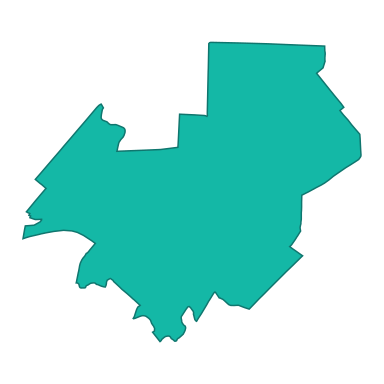 Soldanu, Calarasi, Romania
{"feature_id": "2599482B93522079592050", "entity_name": "Soldanu", "entity_type": "district", "adm_level": 2, "iso_a3": "ROU", "parent_name": "Romania", "parent_adm1": "Calarasi", "projection": "albers", "projection_center": [26.526, 44.239], "detail": "fine", "context": "isolated", "style": "filled", "palette": "teal", "viewbox_px": 384, "rotation_deg": 0, "n_neighbors": 0, "source": "geoboundaries", "source_scale": "gbopen_adm2", "svg_char_len": 5543}
<svg xmlns="http://www.w3.org/2000/svg" viewBox="0 0 384 384"><path d="M42.4,233.6L45.6,232.9L53.9,231.4L63.6,230.3L67.7,230.6L71.9,230.9L77.4,232.4L83.5,235.4L91.5,240.6L95.3,243.4L90.3,249.4L90.1,249.6L89.2,250.8L87.8,252.5L87.2,253.1L86.6,253.2L86.4,253.3L86.1,253.7L85.4,255.0L84.9,255.8L84.8,256.0L83.0,258.1L82.8,258.4L82.3,259.2L81.9,259.8L81.5,260.6L80.7,262.3L80.6,262.5L80.4,263.0L80.2,263.5L80.0,264.3L79.7,265.4L79.5,266.3L79.4,267.1L78.7,271.0L78.3,272.6L76.9,279.6L76.4,282.2L76.2,282.9L77.4,283.0L78.2,283.5L78.9,284.2L79.1,285.2L79.5,286.7L79.9,287.4L80.4,287.8L81.5,288.0L82.7,287.9L84.4,287.9L85.1,287.8L85.5,287.5L86.0,286.1L86.7,285.5L88.3,284.8L89.7,283.8L90.9,283.2L92.6,283.0L93.4,282.9L94.3,282.9L95.2,283.2L95.7,283.6L96.1,284.1L96.4,284.3L96.9,284.5L97.7,284.6L98.2,284.7L99.1,285.2L101.2,286.1L102.5,286.5L104.1,286.9L105.3,287.0L106.1,285.1L106.4,283.5L106.5,282.1L107.2,280.2L109.6,278.8L110.4,278.5L111.5,279.3L112.5,280.0L113.1,280.4L113.6,281.5L115.5,283.2L119.7,287.1L121.9,289.3L127.1,293.6L131.8,297.8L132.8,298.8L133.0,298.9L133.9,299.6L138.1,303.5L139.4,304.7L140.2,305.3L139.9,305.6L139.2,306.1L138.6,306.5L138.0,306.9L137.8,307.1L137.5,307.7L137.1,308.5L136.6,309.5L135.3,313.5L134.6,315.7L134.5,316.1L134.0,317.2L133.6,317.8L133.5,318.1L133.2,318.4L133.5,318.7L134.9,318.4L135.9,318.0L139.8,316.4L142.1,315.7L144.0,315.7L145.9,316.2L147.7,317.5L148.9,318.4L150.3,319.9L150.8,321.0L151.6,323.3L152.5,324.7L153.7,326.4L154.2,327.6L154.6,328.3L154.5,329.9L154.4,331.1L152.6,332.2L160.0,341.6L160.6,341.2L161.4,340.2L161.7,339.6L162.0,339.2L162.5,338.8L163.3,338.1L164.0,337.5L165.0,336.8L165.8,336.4L166.5,336.3L167.4,336.1L168.4,336.0L168.9,336.1L169.7,336.4L169.9,336.5L170.3,336.9L171.3,338.6L173.2,339.8L173.6,340.1L174.3,340.9L174.8,341.2L175.0,341.2L175.7,341.1L176.2,340.9L176.5,340.8L176.8,340.3L176.9,340.0L177.0,339.6L177.2,339.3L177.5,338.9L177.7,338.7L178.3,338.2L178.8,338.0L179.7,337.4L180.0,337.0L180.6,336.5L181.0,336.2L182.0,335.3L182.5,334.8L183.2,334.2L184.5,331.7L184.9,330.8L185.2,330.0L185.4,329.1L185.6,328.4L185.6,327.2L185.1,326.0L184.2,325.5L183.2,324.4L181.8,322.2L181.6,320.1L181.2,318.2L181.2,317.1L181.5,316.3L182.4,315.0L183.8,312.8L185.3,310.5L185.9,309.5L187.0,308.1L187.3,307.5L187.5,307.2L187.9,306.9L189.1,306.5L189.5,306.7L189.7,306.9L190.3,307.5L190.8,308.0L191.7,309.3L192.9,310.9L193.2,311.3L193.3,311.7L193.4,312.0L193.6,312.6L193.5,313.7L193.5,314.5L193.6,314.8L193.9,315.7L194.0,316.3L194.8,319.4L195.1,319.9L195.4,320.4L195.8,320.8L196.2,321.1L196.5,321.3L196.8,321.0L197.5,319.7L198.6,317.9L201.3,313.8L206.7,304.8L207.2,303.9L208.6,301.3L209.5,300.0L213.7,293.2L214.0,292.9L214.6,292.2L214.9,292.1L215.1,292.1L215.4,292.4L215.8,292.8L216.4,293.7L219.3,298.0L219.9,298.0L220.2,298.0L221.3,298.7L222.4,299.1L223.2,299.6L224.8,301.0L226.7,302.8L228.7,304.6L230.6,305.4L234.0,305.5L237.0,305.3L238.7,305.3L240.4,306.0L243.0,307.0L244.9,307.7L249.2,309.1L255.2,302.9L258.8,299.1L260.2,297.7L264.5,293.5L269.2,288.7L278.7,279.2L280.9,277.0L283.9,274.0L286.0,271.9L291.0,267.1L293.2,265.0L295.1,263.1L298.6,259.7L299.9,258.4L301.3,257.0L302.4,256.0L302.6,255.8L300.3,254.2L297.9,252.5L296.5,251.5L292.5,248.7L289.7,246.6L291.1,245.3L291.5,244.9L292.1,244.1L292.9,242.9L294.8,240.2L296.1,238.2L296.6,237.3L297.6,235.9L299.5,232.8L300.6,231.1L300.5,230.5L300.4,229.8L300.2,228.9L300.1,227.5L300.1,227.1L300.3,226.4L300.5,225.3L300.9,223.8L300.9,222.3L301.3,219.3L301.3,217.3L301.3,212.7L301.5,210.4L301.6,207.0L301.6,202.1L301.7,198.9L301.8,195.2L303.2,194.5L306.5,192.8L307.8,192.2L309.1,191.5L316.6,187.4L321.1,185.1L324.5,183.1L329.1,179.8L333.3,176.3L337.2,173.6L338.8,172.5L342.0,170.3L345.9,167.6L348.2,166.2L350.5,164.8L358.4,159.7L358.7,159.5L360.2,157.4L360.5,156.9L360.8,156.4L360.9,155.6L361.0,155.2L360.8,152.2L360.8,151.9L360.7,150.5L360.1,138.4L359.8,134.3L359.3,133.7L356.9,130.9L355.5,129.3L353.2,126.6L351.5,124.6L348.0,120.0L343.4,114.9L339.9,110.5L343.8,107.3L341.1,103.6L336.2,97.7L333.9,94.9L329.6,89.6L321.7,79.7L316.6,73.3L318.3,71.8L322.5,68.3L323.0,67.9L325.1,61.1L324.9,60.4L324.9,59.7L324.9,58.4L324.9,57.1L325.0,56.5L325.1,54.6L325.2,54.2L325.2,53.7L325.1,53.2L325.1,52.2L324.8,51.0L324.8,50.0L324.8,49.7L324.7,47.8L324.7,46.9L324.7,46.1L322.6,46.0L314.7,45.7L296.6,45.0L267.6,43.8L253.6,43.4L239.4,43.0L211.5,42.4L210.6,42.4L209.6,42.7L208.8,43.6L208.8,43.9L208.3,68.8L208.2,71.5L207.6,98.7L207.3,112.4L207.3,114.3L207.4,115.6L206.9,116.4L205.7,115.8L204.3,115.5L194.6,114.9L179.6,114.2L178.5,136.7L178.1,144.4L177.9,147.3L177.6,147.4L160.8,149.5L158.9,149.6L144.9,150.2L116.9,151.3L117.3,149.6L117.7,147.6L118.7,143.2L119.2,141.9L119.9,141.0L120.8,139.6L123.1,137.1L124.1,135.2L124.4,134.2L124.7,133.4L125.0,132.4L125.1,131.0L125.0,129.8L124.6,128.9L124.3,128.5L123.9,128.1L123.4,127.7L121.9,127.0L117.3,125.1L115.7,124.6L112.9,124.7L110.8,124.7L109.5,124.2L108.4,123.2L107.7,122.6L107.4,122.2L106.9,121.8L103.0,120.3L102.5,120.0L101.7,119.2L101.3,118.3L101.1,117.3L101.4,114.6L102.3,109.8L102.7,108.9L103.4,107.9L101.2,104.1L100.6,104.3L100.0,104.7L98.9,105.4L96.8,107.5L85.3,121.1L76.7,131.1L71.7,137.0L63.7,146.3L60.8,149.8L53.9,157.8L47.8,164.9L41.4,172.4L35.3,179.4L40.3,183.6L41.6,184.5L46.0,188.4L41.2,194.0L35.2,201.1L26.4,211.8L27.1,212.2L27.9,212.7L29.8,213.5L28.9,215.3L30.6,216.0L29.9,217.7L33.6,219.0L35.2,219.5L37.1,219.5L41.6,219.3L41.6,220.0L40.1,221.9L34.1,225.2L25.3,225.9L24.6,229.4L23.0,238.7L26.2,237.6L29.5,236.6L39.5,234.3L40.5,234.0L41.3,233.8L42.4,233.6Z" fill="#14b8a6" stroke="#0f766e" stroke-width="1.5"/></svg>